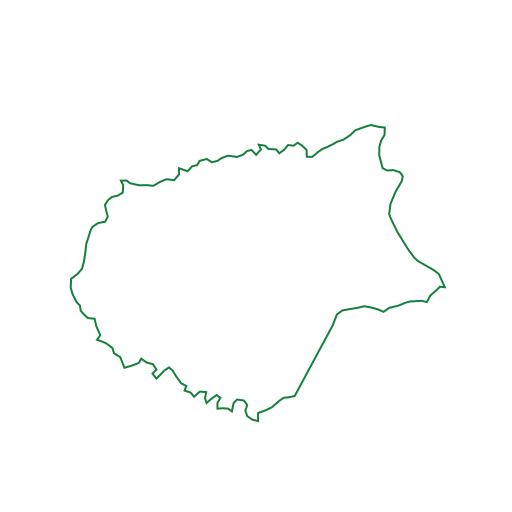 outline of Alcantil, Paraíba, Brazil, rotated 236°
{"feature_id": "56859067B64154070664732", "entity_name": "Alcantil", "entity_type": "district", "adm_level": 2, "iso_a3": "BRA", "parent_name": "Brazil", "parent_adm1": "Paraíba", "projection": "orthographic", "projection_center": [-36.044, -7.697], "detail": "fine", "context": "isolated", "style": "outline", "palette": "green", "viewbox_px": 512, "rotation_deg": 236, "n_neighbors": 0, "source": "geoboundaries", "source_scale": "gbopen_adm2", "svg_char_len": 2279}
<svg xmlns="http://www.w3.org/2000/svg" viewBox="0 0 512 512"><g transform="rotate(236 256 256)"><path d="M394.0,186.1L389.1,185.6L383.1,181.0L383.4,175.0L385.5,169.5L385.1,164.7L382.9,159.4L377.4,157.2L371.6,155.2L368.8,150.2L371.6,143.4L371.6,136.6L369.4,132.6L365.4,127.8L360.9,122.0L354.5,116.6L347.7,110.3L342.8,104.7L341.0,98.5L340.5,90.0L333.4,84.7L327.1,82.6L318.4,81.5L313.2,82.3L308.7,80.1L303.4,80.7L298.6,81.9L294.2,87.1L287.3,84.4L281.8,83.4L277.4,82.6L275.4,77.4L271.4,80.4L267.5,82.9L260.0,85.5L254.8,83.9L248.1,86.9L242.6,85.7L236.9,84.4L234.2,92.9L232.9,99.0L235.1,103.5L228.9,105.7L224.0,110.0L217.5,110.0L216.4,104.4L210.0,104.9L211.2,111.0L212.3,115.8L212.3,121.5L207.8,122.8L200.8,122.5L192.4,122.8L187.1,125.5L184.4,121.5L179.4,125.4L174.0,126.0L175.0,133.6L171.0,138.6L166.5,134.2L161.8,132.8L162.5,138.1L162.7,145.6L158.3,147.2L155.8,141.9L151.0,138.7L148.3,143.4L145.1,147.5L140.7,149.1L146.6,155.2L147.6,160.0L142.9,165.2L137.4,165.4L133.7,160.7L128.2,159.2L122.5,161.4L118.0,165.4L124.7,170.0L122.7,177.6L121.7,184.5L122.3,189.3L122.9,194.4L123.0,199.6L120.5,204.2L118.3,209.8L155.5,280.6L162.3,290.4L162.6,297.1L159.5,304.2L156.4,310.9L153.8,317.7L149.1,322.5L143.9,327.0L138.4,330.5L138.5,337.5L135.2,346.3L133.7,353.8L132.0,358.6L129.5,362.7L126.3,368.2L122.3,371.9L125.7,378.4L126.6,385.8L127.7,391.3L124.5,395.1L138.7,397.5L144.4,395.7L154.4,390.8L161.3,387.4L166.0,386.3L176.1,385.8L197.4,386.7L211.7,388.7L216.2,389.8L223.9,396.5L231.4,407.9L236.6,418.8L240.1,422.3L245.1,422.1L250.5,417.8L253.5,412.6L258.0,410.1L270.7,414.5L277.8,419.6L281.8,424.4L284.5,430.3L290.5,434.6L294.5,429.9L300.5,424.3L302.7,416.6L304.7,408.5L303.5,401.8L303.5,393.5L305.3,387.5L305.7,382.3L306.5,375.9L307.7,370.7L307.4,364.9L306.7,358.1L309.9,353.6L315.7,357.3L321.8,355.9L326.6,353.9L326.4,348.8L330.1,344.6L328.4,338.8L328.1,332.8L333.1,332.3L337.8,326.2L342.5,325.1L346.7,320.5L341.6,319.7L339.8,312.7L346.5,311.5L348.0,307.2L347.2,301.9L348.8,295.6L354.8,288.9L356.4,282.5L356.4,277.4L358.4,271.8L363.9,269.5L366.4,262.5L364.2,258.0L366.1,253.3L364.5,246.7L371.9,241.2L366.6,237.7L364.6,230.4L369.6,225.0L371.1,217.9L371.6,210.1L375.4,205.6L379.9,198.8L383.4,195.4L386.7,192.3L391.0,190.9L394.0,186.1Z" fill="none" stroke="#15803d" stroke-width="2"/></g></svg>